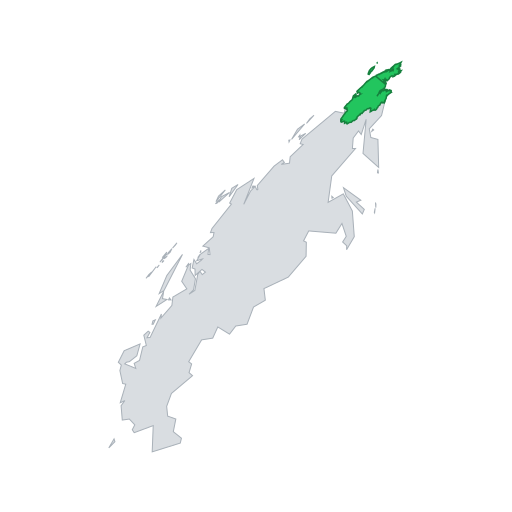 Russia, with Chukchi Autonomous Okrug highlighted, rotated 312°
{"feature_id": "RUS-2321", "entity_name": "Chukchi Autonomous Okrug", "entity_type": "Autonomous Province", "adm_level": 1, "iso_a3": "RUS", "parent_name": "Russia", "parent_adm1": "", "projection": "natural_earth1", "projection_center": [175.436, 66.707], "detail": "fine", "context": "in_parent", "style": "filled", "palette": "green", "viewbox_px": 512, "rotation_deg": 312, "n_neighbors": 0, "source": "natural_earth", "source_scale": "10m", "svg_char_len": 9653}
<svg xmlns="http://www.w3.org/2000/svg" viewBox="0 0 512 512"><g transform="rotate(312 256 256)"><path d="M336.1,316.1L321.3,319.1L324.3,316.6L324.4,311.0L331.0,309.9L337.7,298.1L326.4,300.1L309.9,278.4L299.1,281.2L299.9,284.2L289.3,293.4L261.9,294.1L237.1,283.7L229.4,292.5L216.4,288.3L199.3,295.0L190.4,287.8L180.2,288.6L177.7,275.1L166.0,278.8L157.3,271.7L132.4,276.7L132.7,280.4L124.5,284.3L124.6,288.9L97.3,285.1L84.5,290.2L77.9,297.5L81.2,305.5L70.1,312.1L70.7,322.5L66.3,324.9L41.0,309.9L61.2,293.1L43.2,283.7L44.1,280.3L49.4,278.9L50.1,271.0L44.6,266.4L54.5,255.9L60.8,255.3L56.1,253.3L73.6,245.0L72.0,242.2L79.8,231.5L84.8,228.9L84.9,224.8L97.4,221.4L113.1,228.7L102.1,234.2L92.7,232.6L90.4,230.8L88.0,230.6L92.0,241.9L94.7,237.3L100.5,239.3L112.7,232.7L116.1,234.4L122.1,225.6L128.0,226.2L128.2,228.3L122.3,229.7L124.6,231.8L149.6,224.5L146.2,226.9L162.9,226.6L169.9,221.7L185.3,226.6L187.5,217.7L204.1,211.9L206.8,212.6L201.4,216.5L198.6,226.2L189.1,232.2L182.8,231.8L189.5,233.6L203.4,225.0L207.1,224.6L206.2,228.5L210.2,229.2L209.9,224.8L200.8,223.8L205.5,219.4L204.4,216.6L211.9,212.2L210.5,217.1L216.2,218.2L218.0,218.2L212.8,215.1L220.0,213.5L229.9,215.7L225.0,219.3L226.3,220.9L230.8,215.8L227.8,209.9L241.7,211.3L245.3,209.1L242.9,206.5L247.0,204.9L278.1,203.0L277.7,201.0L292.4,197.3L312.3,202.6L286.2,212.3L300.7,208.5L307.2,208.8L305.8,212.2L306.0,212.7L306.8,212.8L309.2,209.8L334.9,209.3L345.2,211.3L344.5,214.5L341.0,213.5L347.4,218.8L352.6,215.0L370.4,216.4L369.0,213.7L373.6,212.0L416.6,218.2L421.1,226.0L427.4,222.2L445.8,225.1L445.8,220.9L469.8,224.6L470.2,237.6L466.4,239.2L462.1,237.6L455.9,238.9L465.6,240.0L468.2,247.0L462.5,245.5L444.4,255.3L426.3,255.1L420.9,262.0L424.2,268.6L403.9,287.9L403.8,266.9L431.3,246.4L416.7,252.9L417.5,248.5L408.7,249.3L400.4,255.7L402.5,258.0L366.2,258.7L344.1,273.7L360.6,279.3L353.9,297.5L336.1,316.1ZM208.0,200.3L168.9,210.7L163.3,209.2L181.8,202.8L208.0,200.3ZM365.3,275.3L367.6,296.6L363.2,294.5L363.1,305.3L358.4,306.9L360.8,283.1L365.3,275.3ZM151.7,215.5L168.1,211.0L161.7,215.0L164.1,218.9L151.7,215.5ZM366.5,204.4L378.0,202.0L386.7,203.8L366.5,204.4ZM276.8,190.6L285.5,193.8L271.0,192.3L276.8,190.6ZM275.4,188.1L284.6,189.0L269.6,189.9L275.4,188.1ZM290.1,192.7L297.1,194.8L282.0,196.4L290.1,192.7ZM388.3,204.8L393.9,204.2L399.4,204.9L388.3,204.8ZM14.9,275.0L25.1,272.9L23.6,275.4L14.9,275.0ZM174.8,189.5L181.3,189.0L168.5,190.1L174.8,189.5ZM375.1,208.9L380.4,210.9L371.3,210.3L375.1,208.9ZM141.2,223.9L136.5,225.3L135.7,224.4L138.8,222.8L141.2,223.9ZM187.1,188.7L193.1,188.2L195.1,188.8L187.1,188.7ZM205.2,188.6L201.3,189.7L197.9,189.3L199.8,188.6L205.2,188.6ZM210.3,188.8L206.0,188.7L212.9,188.4L210.3,188.8ZM166.9,219.7L166.5,222.2L164.9,220.4L166.9,219.7ZM273.6,191.1L269.4,191.7L267.7,190.9L273.6,191.1ZM192.0,187.4L199.3,187.1L195.8,187.8L192.0,187.4ZM469.6,218.0L466.3,217.7L469.6,216.3L469.6,218.0ZM170.6,188.8L174.4,189.2L165.8,189.2L170.6,188.8ZM205.1,211.1L200.7,211.4L205.2,210.9L205.1,211.1ZM305.9,206.8L306.9,208.2L304.2,207.4L305.9,206.8ZM443.1,221.7L440.4,222.3L439.0,221.8L443.1,221.7ZM195.0,190.0L192.4,189.6L197.0,189.9L195.0,190.0ZM197.1,187.9L198.0,188.6L194.8,188.2L197.1,187.9ZM375.7,309.0L374.7,310.5L372.1,312.7L375.7,309.0ZM189.7,190.0L191.0,190.7L188.2,190.6L189.7,190.0ZM219.9,213.3L216.4,213.9L215.8,213.8L219.9,213.3ZM428.4,259.1L426.1,258.6L428.4,257.9L428.4,259.1ZM375.1,207.7L373.5,208.8L373.0,207.9L375.1,207.7ZM351.1,272.4L351.1,274.3L349.8,273.8L351.1,272.4ZM401.9,288.7L399.6,291.4L399.1,290.6L401.9,288.7ZM184.6,190.1L181.5,190.4L180.9,190.2L184.6,190.1ZM223.3,211.3L221.8,212.4L221.4,212.1L223.3,211.3ZM364.9,203.6L362.9,204.2L364.0,202.9L364.9,203.6ZM367.6,314.7L371.2,312.6L367.4,315.3L367.6,314.7Z" fill="#d9dde1" stroke="#a8b0b8" stroke-width="1"/><path d="M425.5,222.3L428.9,222.2L429.5,222.0L431.5,222.6L433.6,222.5L436.7,222.9L439.0,222.0L439.7,222.2L439.3,222.4L440.1,222.7L439.9,223.3L440.2,223.7L442.9,224.2L443.1,225.0L443.5,225.2L445.3,225.1L446.0,225.3L445.6,224.9L446.1,224.8L446.3,225.1L446.2,224.7L447.0,224.3L447.4,224.4L447.1,224.3L446.8,223.9L446.8,223.5L446.4,223.2L446.1,222.6L445.0,222.5L445.1,222.2L446.1,222.0L445.9,221.4L446.0,220.9L445.6,220.9L445.8,220.8L451.4,221.3L452.7,221.8L453.3,221.8L452.5,221.6L452.8,221.4L454.5,221.7L459.0,221.6L458.5,221.7L459.7,222.0L460.1,221.8L459.1,221.6L460.0,221.6L460.4,221.8L460.3,222.0L461.5,222.3L466.7,223.1L467.5,223.4L466.4,223.2L466.4,223.5L467.9,223.6L469.7,224.5L468.7,224.1L469.1,224.4L469.8,224.6L470.2,237.6L469.7,237.8L468.9,238.5L466.5,239.2L466.3,239.2L467.0,238.9L464.0,238.8L463.4,238.4L463.7,238.4L463.5,238.1L462.2,237.6L460.5,237.7L461.2,237.8L462.3,237.7L463.2,238.5L462.5,238.6L461.4,238.3L460.9,238.5L459.9,238.0L459.0,238.6L457.2,238.6L456.5,238.9L455.6,238.9L456.5,238.9L457.4,238.7L459.0,238.6L460.0,238.1L460.9,238.8L460.1,239.1L460.1,239.4L461.0,238.9L461.7,239.3L462.3,238.8L463.7,238.6L463.3,239.4L463.6,239.8L464.5,240.4L465.5,240.6L465.2,240.4L465.8,240.0L465.6,239.8L466.6,241.1L466.3,241.0L466.1,241.3L466.4,241.3L466.1,241.4L466.8,241.4L467.1,242.6L466.7,242.4L467.0,242.6L466.0,242.5L465.8,242.7L467.0,242.7L467.0,243.1L466.7,243.3L467.0,243.4L467.3,243.2L467.1,242.8L467.1,242.6L467.8,243.6L467.3,243.3L467.2,243.5L468.9,244.2L468.9,244.5L468.5,244.7L469.2,245.1L469.4,245.7L468.8,246.3L468.1,246.5L468.2,247.0L465.3,246.3L463.3,246.1L463.3,245.6L463.7,245.3L463.0,245.7L462.4,245.1L462.6,245.5L462.3,245.8L462.6,246.1L463.2,246.1L461.5,246.3L460.5,247.1L457.9,247.9L458.2,247.7L457.8,247.6L457.6,248.1L456.5,248.4L456.0,248.2L456.4,248.6L455.7,248.8L455.7,248.2L455.3,247.8L454.7,247.9L454.7,247.5L454.4,247.2L454.7,247.0L454.6,246.6L454.1,246.6L453.6,246.3L451.5,246.8L451.3,247.0L449.2,246.5L447.7,247.1L446.9,246.9L446.0,247.3L444.4,247.2L443.6,246.3L443.9,245.9L443.3,245.9L441.4,244.8L440.9,244.9L439.6,244.4L441.7,242.9L442.5,242.7L442.7,242.4L442.6,241.9L442.2,241.7L442.1,241.4L440.8,241.2L440.6,240.6L439.9,240.2L437.9,240.1L436.6,239.1L435.5,239.4L433.9,239.2L433.0,239.4L432.9,239.2L433.1,239.2L432.6,238.7L431.7,238.7L431.5,238.4L430.9,238.4L430.8,238.9L430.5,238.9L430.3,238.6L428.7,238.1L427.8,238.3L426.9,238.1L426.4,238.5L425.8,238.5L425.8,238.9L425.6,239.0L424.8,239.0L424.3,238.7L422.4,238.4L422.1,237.9L421.1,237.4L419.1,237.3L417.9,236.1L415.1,235.3L415.2,234.8L416.0,233.8L413.9,233.0L415.0,232.0L415.5,231.8L415.3,231.2L413.0,230.2L412.8,230.0L413.1,229.7L412.6,229.3L412.8,228.9L413.3,228.7L414.4,228.6L413.7,228.1L414.3,227.6L414.7,227.4L418.3,227.1L418.5,226.9L421.4,226.8L422.5,226.4L424.9,226.8L425.3,226.6L425.5,226.1L425.9,225.8L425.6,225.2L426.3,224.9L425.5,224.5L425.5,224.1L426.2,223.9L425.2,223.1L425.4,223.0L425.1,222.7L425.5,222.3ZM469.8,224.6L470.9,224.8L471.1,224.6L471.6,225.1L472.8,225.3L473.7,225.8L473.1,225.6L473.2,226.0L475.0,226.4L475.1,226.7L474.8,226.9L475.8,226.7L474.0,226.0L476.3,226.8L475.6,226.9L476.0,227.1L476.7,227.0L477.2,227.1L476.9,227.1L477.0,227.3L477.4,227.2L478.7,227.8L478.3,227.7L478.2,227.9L478.8,228.1L479.7,228.1L478.8,227.8L480.4,228.3L479.9,228.4L480.1,228.7L479.4,228.8L479.7,229.0L481.1,229.2L480.2,228.7L480.7,228.4L482.1,228.9L482.1,229.1L482.5,229.5L482.3,229.3L482.4,229.7L481.9,229.9L482.5,230.0L483.0,229.7L482.7,229.5L483.4,229.9L483.5,230.1L483.3,230.2L483.2,231.0L483.8,231.4L483.6,231.5L483.8,232.0L483.1,232.2L484.5,232.7L484.6,232.9L484.5,233.1L484.7,233.3L484.5,233.5L485.3,233.1L485.1,232.9L485.6,232.9L485.9,233.3L485.7,233.4L485.7,233.7L486.2,233.4L486.5,233.2L485.0,232.6L485.8,232.2L485.5,231.2L484.0,230.9L486.4,230.7L487.0,230.9L486.9,231.0L487.1,230.9L487.9,231.0L487.4,230.9L487.8,231.1L487.4,231.2L487.4,231.7L487.9,231.6L487.6,231.4L487.9,231.1L488.0,231.3L488.7,231.5L489.8,231.3L488.0,231.0L491.5,231.3L491.5,231.5L492.5,231.9L492.5,232.2L495.1,233.4L494.5,233.7L495.4,233.5L495.9,233.8L495.3,233.8L496.3,233.9L497.1,234.2L494.7,234.9L494.9,235.0L494.8,235.3L495.0,235.6L494.8,235.8L494.0,235.7L492.4,235.0L493.0,235.6L493.8,235.8L493.7,236.3L493.1,236.1L491.1,236.2L491.8,236.2L490.4,236.0L490.6,235.9L490.3,235.7L488.8,235.5L490.1,235.9L490.3,236.3L490.0,236.3L490.9,236.2L490.7,237.0L489.4,237.0L490.7,237.1L490.7,237.5L491.0,237.6L490.4,238.0L489.3,238.4L488.7,238.3L488.3,238.7L489.2,238.5L489.4,238.8L488.6,239.0L489.1,239.0L488.8,239.3L489.2,239.2L490.2,239.4L490.9,239.9L489.9,240.0L489.1,239.6L488.8,239.7L489.4,239.8L489.3,240.2L488.9,240.1L489.0,240.4L488.6,240.4L487.9,240.3L488.1,239.7L487.7,239.2L487.8,239.5L487.8,239.9L487.1,240.1L486.2,239.9L486.0,239.5L485.2,239.1L485.3,239.0L484.4,238.8L484.5,238.5L484.3,238.2L484.2,238.5L483.7,238.5L483.6,238.3L483.5,238.6L482.4,238.6L482.2,238.5L482.5,238.4L481.1,237.9L481.4,237.7L481.2,237.6L481.4,237.4L481.0,237.0L480.9,236.5L480.6,236.3L478.1,235.8L477.0,236.4L474.2,236.2L474.3,235.4L473.8,235.4L472.8,234.3L473.6,234.4L473.6,234.1L474.1,234.0L473.9,233.6L474.1,233.2L473.7,233.3L473.3,233.9L472.8,233.9L472.4,233.7L472.5,233.4L472.3,233.1L472.3,233.5L471.6,233.3L472.2,233.9L472.1,234.0L471.3,234.1L470.9,233.9L470.6,234.6L470.8,235.1L472.1,235.7L472.0,235.9L472.1,236.0L471.5,236.5L471.5,237.1L471.1,237.4L470.2,237.6L469.8,224.6ZM469.6,216.3L471.9,216.1L473.5,216.3L476.0,217.2L474.8,217.9L470.9,218.3L469.6,218.0L469.6,216.3ZM469.6,218.0L468.8,218.4L467.5,218.4L466.6,218.6L466.2,217.8L466.9,217.2L469.6,216.3L469.6,218.0ZM443.2,221.7L443.1,222.0L442.7,222.0L442.8,222.3L442.6,222.6L441.7,222.6L438.9,221.8L440.2,221.2L443.2,221.7ZM490.1,238.4L491.2,238.7L489.7,238.9L490.1,238.4ZM444.4,222.1L445.3,222.0L444.8,222.2L444.4,222.1ZM490.1,239.1L489.5,239.1L490.1,239.1ZM480.5,216.8L480.4,216.9L480.0,216.7L480.5,216.8Z" fill="#22c55e" stroke="#15803d" stroke-width="1.5"/></g></svg>